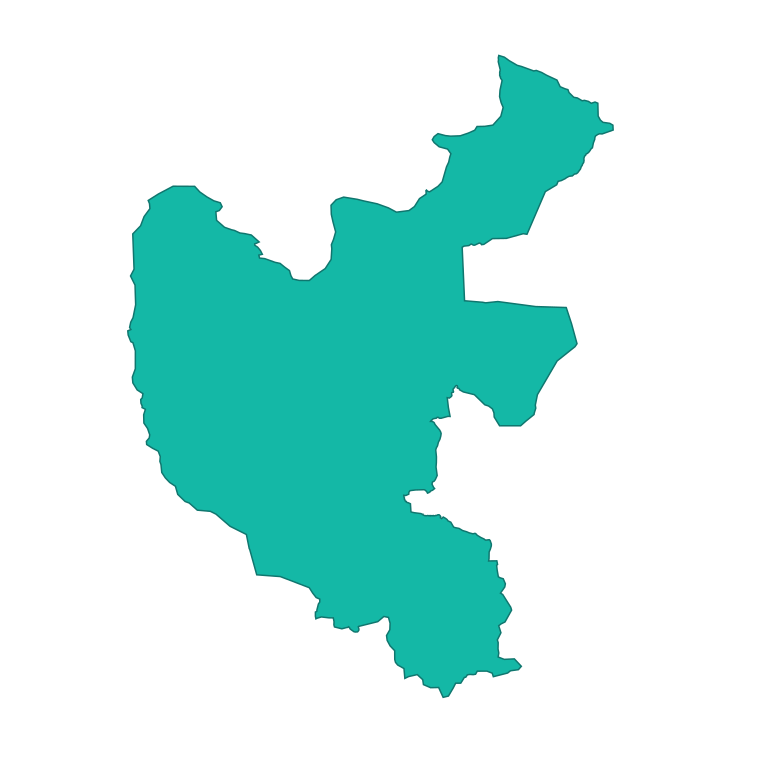 Chikun, Kaduna, Nigeria (Mercator projection), rotated 85°
{"feature_id": "59680162B24550873512487", "entity_name": "Chikun", "entity_type": "district", "adm_level": 2, "iso_a3": "NGA", "parent_name": "Nigeria", "parent_adm1": "Kaduna", "projection": "mercator", "projection_center": [7.25, 10.419], "detail": "fine", "context": "isolated", "style": "filled", "palette": "teal", "viewbox_px": 768, "rotation_deg": 85, "n_neighbors": 0, "source": "geoboundaries", "source_scale": "gbopen_adm2", "svg_char_len": 6145}
<svg xmlns="http://www.w3.org/2000/svg" viewBox="0 0 768 768"><g transform="rotate(85 384 384)"><path d="M563.0,527.4L566.8,504.1L580.4,476.2L586.0,473.3L590.8,470.2L592.7,466.7L595.6,467.0L597.4,468.5L603.1,470.5L604.5,470.7L604.7,470.9L605.2,472.2L609.3,472.6L612.0,472.3L611.5,471.1L610.6,466.7L612.1,459.5L612.6,454.9L616.4,454.5L619.6,454.9L621.7,454.5L624.2,447.3L623.4,442.8L623.3,441.3L622.7,440.4L624.0,439.5L625.2,439.0L628.2,435.5L628.6,434.0L628.6,431.9L627.4,430.7L626.6,430.4L625.6,430.4L623.6,430.8L623.3,430.6L620.2,410.9L615.6,404.4L616.9,399.9L622.8,398.8L629.3,399.6L634.8,403.4L639.7,403.2L645.5,400.7L650.6,396.6L659.4,397.3L662.3,396.8L665.1,394.9L669.2,388.9L679.1,388.9L677.6,385.0L676.4,376.2L681.9,371.2L686.9,370.9L690.6,364.0L691.1,356.0L701.3,352.4L700.5,347.0L692.8,341.5L688.3,338.7L688.7,333.6L683.3,329.5L683.2,328.1L681.0,326.3L680.8,323.7L681.3,320.5L681.1,318.1L678.2,316.1L679.0,306.5L681.5,301.4L685.1,300.6L682.7,286.0L680.7,283.0L680.3,275.0L677.2,271.8L669.2,278.1L668.8,288.2L665.9,294.1L662.0,293.1L657.9,293.5L651.6,292.8L648.8,293.4L642.0,289.2L634.8,290.8L633.1,288.1L631.6,284.2L620.4,276.6L617.4,277.2L604.0,284.1L602.5,286.2L596.8,281.4L593.6,280.5L588.4,282.2L587.2,285.2L586.0,286.9L579.0,287.5L574.4,287.6L573.7,286.6L570.0,287.0L569.4,295.2L567.2,294.6L560.5,293.9L557.7,292.4L554.6,291.2L552.8,291.0L549.2,291.9L548.3,292.7L548.4,296.3L547.8,297.2L547.2,297.7L545.4,300.8L542.7,304.5L541.9,304.9L541.0,305.8L540.7,306.4L541.0,308.4L539.7,312.1L538.4,314.5L536.8,318.5L534.4,321.8L533.3,325.6L532.6,327.1L527.5,329.5L525.9,332.2L524.5,333.0L523.2,334.4L521.7,336.6L523.1,338.3L522.2,339.5L521.5,339.4L521.2,339.1L520.4,339.4L519.2,340.3L519.0,340.9L519.1,342.2L519.6,343.1L519.4,343.9L519.8,344.9L519.5,345.8L519.6,346.0L519.3,346.5L519.6,346.9L519.3,347.8L519.4,348.4L519.2,348.8L519.5,349.5L519.1,349.7L519.1,351.2L518.8,351.8L519.0,353.7L518.7,354.2L518.7,354.9L518.0,356.3L517.6,356.6L517.2,356.5L516.9,357.6L516.3,358.5L514.9,364.9L513.9,368.1L513.6,368.3L505.6,368.1L504.3,370.4L504.1,371.2L503.5,372.0L503.0,372.0L503.0,372.4L502.2,373.1L500.9,373.4L500.7,373.7L499.4,373.6L499.3,373.8L496.6,374.0L497.0,372.1L495.9,368.9L494.1,368.7L492.5,367.4L492.3,361.9L492.8,353.2L493.1,352.6L494.8,350.9L496.5,350.2L496.1,348.7L495.6,348.2L495.6,347.7L494.7,346.9L494.0,344.8L492.6,342.7L491.3,343.6L488.0,344.9L485.9,344.3L485.1,342.4L483.7,341.2L479.8,339.0L471.2,339.4L467.1,338.7L461.2,338.1L454.2,338.2L452.2,337.4L450.3,336.1L446.8,334.9L443.9,333.1L440.9,332.0L438.4,331.4L436.8,331.7L434.7,332.6L428.6,336.8L427.2,337.2L426.3,337.9L425.4,339.6L425.3,340.9L424.3,340.1L424.0,339.4L422.9,338.0L422.6,334.8L421.8,333.9L422.0,332.7L422.9,331.9L423.1,330.1L421.8,323.0L422.1,321.0L413.1,321.9L403.1,322.2L403.7,320.1L402.4,318.1L401.6,317.4L398.9,317.5L398.4,317.2L398.2,315.6L397.6,315.4L395.9,315.8L394.7,315.3L393.6,313.9L392.8,313.5L392.0,312.6L391.8,311.9L392.2,311.1L393.0,311.0L393.8,311.5L394.5,311.2L394.8,310.0L395.4,309.4L396.3,309.3L398.8,305.7L402.5,294.9L413.5,285.4L415.0,281.8L418.2,278.2L422.3,277.0L426.5,277.1L435.7,272.5L437.5,251.5L433.3,245.8L427.5,237.2L426.2,236.9L421.3,234.9L418.2,235.1L408.0,232.1L376.1,209.5L363.5,190.5L360.7,188.2L340.4,191.9L323.7,195.8L320.1,226.1L311.8,263.4L312.0,275.7L311.2,278.5L308.1,296.5L254.6,294.2L253.6,292.2L253.5,287.4L252.2,285.1L252.3,284.5L253.4,283.0L253.6,281.5L251.9,276.9L252.3,275.5L253.7,274.7L253.6,272.4L248.6,263.3L249.6,249.4L246.4,232.2L247.3,228.5L206.4,206.5L200.6,194.6L197.3,192.9L196.8,189.6L195.1,185.3L194.4,184.3L193.2,181.5L193.1,178.2L191.5,176.1L191.3,174.0L190.4,172.6L186.9,169.5L185.0,168.7L183.3,167.4L182.2,167.0L180.8,165.8L178.6,165.2L177.1,165.3L175.3,164.7L174.2,164.0L173.7,163.2L172.5,162.6L172.0,161.2L170.5,159.3L167.6,157.0L166.9,155.8L162.1,154.4L158.6,152.7L157.0,152.5L155.4,151.7L154.1,149.4L153.5,147.5L153.9,144.9L151.0,133.6L146.1,133.4L144.0,136.3L142.4,143.1L140.0,145.4L135.8,147.3L122.9,146.5L121.5,149.2L122.4,153.0L120.3,155.7L118.9,159.6L119.1,161.9L115.9,166.4L114.9,170.0L109.8,174.3L106.8,175.1L105.7,177.9L103.2,182.6L96.3,185.2L90.6,195.1L87.4,199.8L84.9,205.0L85.2,207.5L79.7,219.3L78.1,223.6L72.8,231.1L68.9,235.6L66.7,241.0L68.9,241.7L71.0,241.7L72.9,242.1L80.0,241.0L80.5,240.8L82.7,241.2L83.1,241.5L84.5,241.7L84.9,241.5L86.3,241.9L87.7,241.6L88.2,241.2L88.6,241.4L89.7,241.1L91.9,239.9L101.3,242.8L107.8,243.8L113.9,242.8L118.9,241.2L127.5,244.3L135.6,253.0L136.1,261.2L135.6,268.9L139.1,271.5L141.4,278.2L143.4,286.4L142.9,296.1L141.9,301.2L139.3,308.4L141.9,312.5L144.9,314.6L147.9,313.0L152.5,308.4L155.5,300.2L160.4,297.3L163.7,298.7L168.6,300.2L173.1,302.8L187.7,308.4L191.8,313.0L196.5,321.8L195.8,323.7L194.5,324.8L195.1,325.4L196.7,325.3L198.6,325.6L202.4,332.5L209.9,338.2L213.4,344.0L213.9,356.6L208.9,364.3L203.9,375.1L199.8,388.4L197.7,394.5L194.3,407.9L196.3,415.6L201.3,421.2L210.4,421.7L218.0,420.7L228.3,418.9L235.6,421.7L240.7,424.3L244.7,424.2L255.3,425.8L263.9,432.5L269.9,443.2L274.4,449.4L273.4,459.6L271.4,465.8L267.9,467.3L262.8,468.3L258.8,472.9L254.8,477.0L253.3,481.9L248.7,491.9L247.7,497.0L244.7,497.5L244.2,493.9L240.2,495.5L236.6,498.0L234.6,500.6L233.1,500.6L232.6,498.6L231.6,496.0L224.0,503.2L222.0,509.8L221.0,514.4L218.0,519.6L217.0,522.6L214.0,529.2L206.4,536.5L197.8,536.5L196.8,532.9L193.3,529.8L189.2,531.3L186.7,537.5L182.2,544.1L176.6,550.8L170.6,555.4L168.6,576.9L175.1,592.3L180.6,602.9L183.8,601.9L188.9,601.9L196.3,608.4L205.2,612.7L212.6,621.2L247.9,623.0L254.3,627.1L263.8,623.4L283.4,624.5L296.0,628.2L300.3,630.9L305.5,632.5L307.7,631.4L308.7,634.6L312.9,634.6L319.8,632.5L321.0,630.5L329.3,628.8L347.2,630.4L355.2,634.1L361.0,634.1L368.4,630.4L372.6,625.0L376.8,626.1L378.2,627.7L382.0,627.8L384.9,626.8L386.4,627.1L388.4,623.9L393.7,626.1L402.0,626.6L407.7,623.4L414.2,621.8L417.3,622.6L420.4,625.7L423.6,625.7L427.8,620.2L431.2,614.8L436.8,613.2L441.6,614.0L444.8,613.2L452.8,613.1L458.5,610.0L463.4,606.1L467.7,600.7L476.0,599.1L483.7,592.4L485.6,588.4L493.4,581.0L495.7,568.1L499.0,562.7L512.3,549.8L521.9,534.2L536.3,532.6L537.1,532.2L563.0,527.4Z" fill="#14b8a6" stroke="#0f766e" stroke-width="1.5"/></g></svg>